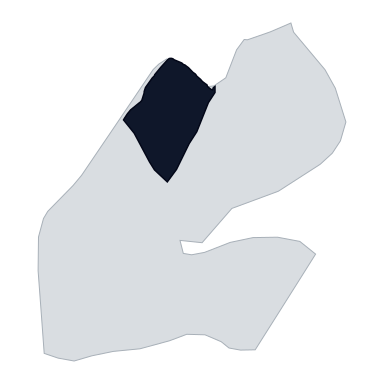 Dorra, Tadjourah, Djibouti shown in context
{"feature_id": "41766387B22586556456338", "entity_name": "Dorra", "entity_type": "district", "adm_level": 2, "iso_a3": "DJI", "parent_name": "Djibouti", "parent_adm1": "Tadjourah", "projection": "orthographic", "projection_center": [42.487, 12.202], "detail": "fine", "context": "in_parent", "style": "filled", "palette": "ink", "viewbox_px": 384, "rotation_deg": 0, "n_neighbors": 0, "source": "geoboundaries", "source_scale": "gbopen_adm2", "svg_char_len": 1439}
<svg xmlns="http://www.w3.org/2000/svg" viewBox="0 0 384 384"><path d="M315.6,254.1L299.5,279.7L278.8,312.5L255.2,349.8L240.5,350.1L229.0,348.0L221.2,341.7L205.0,334.8L186.7,334.3L169.4,340.8L139.9,348.8L113.3,351.4L91.9,355.8L74.1,361.0L58.1,358.1L44.2,353.4L41.3,313.7L38.1,270.7L38.5,237.0L43.5,218.5L47.8,211.3L72.9,185.7L81.6,175.3L110.3,133.0L134.9,96.6L153.2,69.5L158.8,64.1L166.6,59.0L172.0,60.4L207.7,86.6L213.9,85.9L225.8,77.8L236.6,49.8L244.2,39.5L247.4,39.8L270.2,31.9L290.9,23.0L293.6,32.2L325.0,69.7L335.3,88.2L345.9,122.0L340.4,140.9L332.3,153.2L320.3,164.2L278.4,191.2L231.9,208.4L202.1,242.7L180.0,240.4L183.3,253.4L191.6,254.8L204.5,252.4L230.2,242.4L253.0,237.6L277.5,237.2L299.8,241.4L315.6,254.1Z" fill="#d9dde1" stroke="#a8b0b8" stroke-width="1"/><path d="M215.0,86.5L213.3,87.7L212.6,89.9L211.0,89.4L207.6,86.6L206.8,84.6L205.8,84.1L204.4,83.0L202.4,81.5L200.5,79.3L196.5,75.9L196.4,75.4L195.3,74.0L192.9,72.3L188.4,67.6L187.0,66.6L184.8,64.9L183.4,64.6L182.5,63.5L181.4,62.8L174.2,59.8L172.8,58.7L171.1,58.3L169.2,58.5L167.6,59.8L166.4,61.1L160.7,67.4L154.7,74.7L154.4,75.8L152.3,77.9L151.1,79.6L145.5,87.5L144.2,91.4L144.1,93.1L141.8,100.4L141.1,101.2L140.2,102.2L139.3,102.8L130.6,109.9L127.4,113.8L124.5,118.2L124.2,118.7L123.5,119.9L134.2,133.2L149.5,161.9L154.5,169.9L167.3,181.9L176.5,169.4L189.2,143.5L196.8,131.7L208.4,102.6L215.0,92.5L215.0,86.5Z" fill="#0f172a" stroke="#020617" stroke-width="1.5"/></svg>